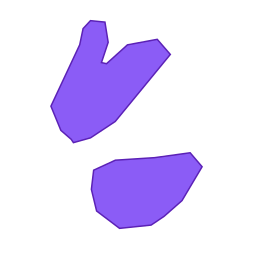 map outline of Kökar (Albers equal-area conic projection), rotated 280°
{"feature_id": "ALD-4824", "entity_name": "Kökar", "entity_type": "state/province", "adm_level": 1, "iso_a3": "ALA", "parent_name": "Aland", "parent_adm1": "", "projection": "albers", "projection_center": [20.932, 59.931], "detail": "fine", "context": "isolated", "style": "filled", "palette": "violet", "viewbox_px": 256, "rotation_deg": 280, "n_neighbors": 0, "source": "natural_earth", "source_scale": "10m", "svg_char_len": 498}
<svg xmlns="http://www.w3.org/2000/svg" viewBox="0 0 256 256"><g transform="rotate(280 128 128)"><path d="M208.9,93.6L187.8,90.5L187.6,95.7L209.8,113.0L220.4,141.4L207.8,156.9L132.2,114.3L111.8,92.8L104.1,76.8L107.0,74.0L114.0,62.3L136.1,48.3L201.6,66.0L218.1,66.5L227.2,72.4L228.3,86.9L208.9,93.6ZM47.3,178.9L36.4,167.6L27.7,137.1L40.8,111.5L61.2,102.6L80.5,101.5L94.1,121.1L103.4,159.3L114.4,193.5L102.7,207.7L65.9,193.8L47.3,178.9Z" fill="#8b5cf6" stroke="#5b21b6" stroke-width="1.5"/></g></svg>